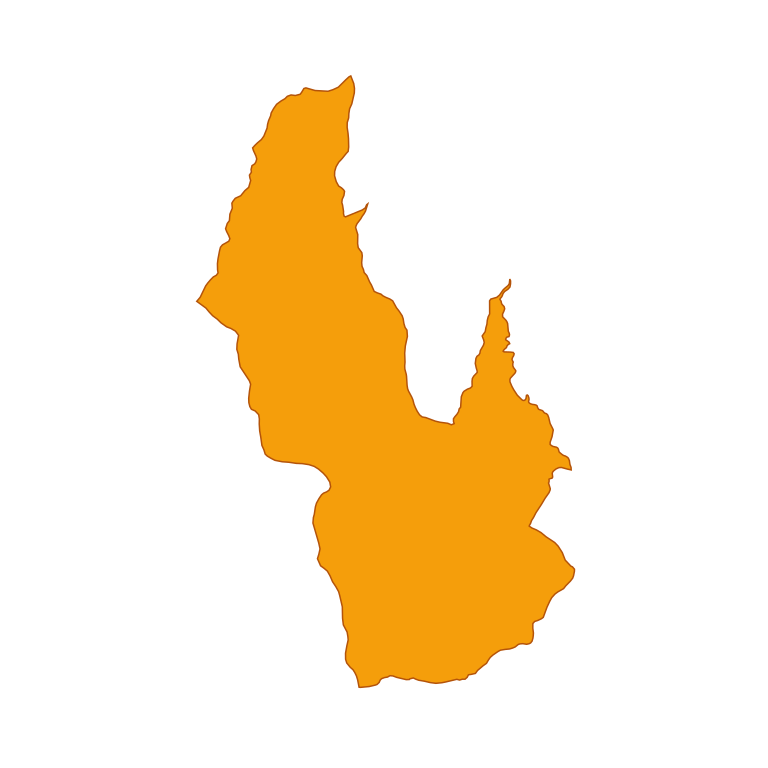 Jordán Sube, Santander, Colombia (Robinson projection), rotated 253°
{"feature_id": "7082276B50890297817335", "entity_name": "Jordán Sube", "entity_type": "district", "adm_level": 2, "iso_a3": "COL", "parent_name": "Colombia", "parent_adm1": "Santander", "projection": "robinson", "projection_center": [-73.096, 6.712], "detail": "fine", "context": "isolated", "style": "filled", "palette": "amber", "viewbox_px": 768, "rotation_deg": 253, "n_neighbors": 0, "source": "geoboundaries", "source_scale": "gbopen_adm2", "svg_char_len": 6127}
<svg xmlns="http://www.w3.org/2000/svg" viewBox="0 0 768 768"><g transform="rotate(253 384 384)"><path d="M517.8,229.1L508.7,235.9L503.9,237.9L499.4,240.1L494.8,243.5L490.2,246.0L484.7,250.2L481.9,253.8L478.0,257.4L473.1,259.2L465.3,255.2L460.2,253.4L455.1,253.4L450.3,252.4L442.5,251.5L426.5,256.2L422.8,256.4L416.6,253.3L409.8,250.4L405.6,249.3L401.6,249.1L398.6,249.8L395.9,252.9L391.3,255.2L387.1,254.6L382.2,253.0L375.5,251.4L369.1,250.6L361.0,249.3L356.2,249.9L351.7,249.9L349.2,251.3L346.0,254.2L342.9,257.4L339.4,263.9L337.0,270.1L333.8,276.8L331.7,282.7L328.8,288.7L325.6,293.2L321.8,296.5L316.7,299.7L312.1,301.9L306.0,303.5L301.2,302.9L298.5,300.4L297.6,297.5L297.3,294.3L296.3,291.9L293.4,288.3L289.8,284.6L286.6,282.5L279.7,279.2L276.9,277.4L271.8,275.4L250.9,275.1L245.0,274.6L240.2,271.9L236.4,269.3L228.7,270.2L225.4,272.7L221.7,275.1L216.4,276.3L210.0,277.0L204.3,278.7L198.7,279.9L194.7,279.8L183.1,279.0L172.2,275.9L165.5,274.7L157.6,276.2L153.0,275.6L149.7,274.9L144.6,272.0L137.8,268.5L132.0,266.8L128.1,266.8L122.7,269.0L119.9,270.8L116.7,271.7L112.9,272.3L108.9,272.3L101.3,271.5L100.8,272.7L99.0,281.4L98.6,287.8L98.7,289.5L100.0,292.1L101.9,293.7L102.9,295.5L103.1,298.7L102.7,301.7L103.3,304.4L102.2,307.2L99.8,310.3L94.8,318.8L94.0,321.8L94.5,322.6L94.3,326.1L92.5,328.0L90.5,330.7L88.0,335.7L84.9,341.0L82.6,346.1L81.4,352.0L81.0,356.0L80.3,367.3L78.8,369.7L78.8,372.6L78.0,375.2L79.2,377.8L81.2,379.7L80.8,382.7L80.5,386.8L82.7,389.7L85.6,396.4L86.9,400.3L89.4,403.0L91.5,405.7L93.0,409.0L94.8,414.7L95.4,417.5L94.8,422.2L93.9,426.6L93.9,429.9L94.2,432.6L95.7,436.3L95.7,438.1L95.1,440.8L93.4,444.3L93.2,446.8L93.5,448.5L94.8,450.4L97.4,452.1L99.8,453.2L102.2,454.1L106.9,454.9L111.4,456.3L112.9,458.7L112.9,461.8L113.5,466.0L114.3,468.1L122.9,474.6L127.7,478.9L130.7,482.0L133.2,486.2L134.4,489.6L135.8,495.9L137.9,498.9L141.0,504.6L143.1,507.6L145.2,509.2L149.3,511.4L151.2,512.0L154.0,510.8L155.3,509.4L162.6,505.8L170.6,505.2L178.1,503.1L182.5,500.9L190.4,494.4L196.0,490.7L199.9,487.1L203.0,483.4L205.6,481.3L206.4,481.8L207.7,483.3L210.3,485.2L212.7,488.0L216.5,491.7L222.7,499.2L227.6,504.6L231.8,510.0L234.1,511.9L235.3,512.4L241.3,512.4L241.7,512.9L243.0,513.6L244.7,513.9L244.9,514.9L244.8,517.2L245.7,518.1L249.5,518.8L250.7,519.8L251.5,521.2L252.5,523.8L252.9,526.8L252.3,529.3L249.0,534.5L247.1,537.9L249.6,538.5L252.7,538.3L256.6,538.9L259.2,538.6L260.3,538.0L262.0,536.5L263.2,534.8L264.5,533.7L266.6,532.3L267.9,531.6L270.8,531.7L272.0,531.4L273.1,530.5L275.0,527.2L276.5,525.9L277.7,525.2L279.8,525.9L284.5,529.3L290.5,532.4L291.9,532.3L297.7,531.3L303.8,531.7L306.5,531.5L308.1,530.7L309.0,529.4L309.9,528.7L311.4,528.2L312.4,527.5L314.2,525.0L314.8,524.4L316.9,524.0L318.2,524.1L319.3,523.4L320.3,521.8L321.1,520.0L322.0,518.7L323.0,517.6L324.0,517.1L324.8,517.1L326.9,518.2L328.3,518.5L330.7,518.4L331.6,517.8L331.5,516.9L328.5,515.5L327.5,514.2L327.3,513.0L327.9,511.8L328.9,511.1L334.3,508.2L340.5,506.4L344.4,505.6L349.2,505.1L351.5,505.7L352.7,506.7L356.0,512.3L357.2,513.5L358.3,513.9L361.8,512.7L363.7,512.5L365.8,513.1L367.2,514.0L368.4,513.7L370.2,513.6L371.9,514.8L373.1,516.2L374.8,517.3L376.4,516.8L377.6,514.1L379.6,508.2L380.6,507.5L381.9,509.1L383.0,511.7L384.4,512.7L385.4,514.2L385.8,516.0L387.5,515.8L390.8,513.3L392.0,513.9L392.9,515.3L392.8,517.4L394.3,518.4L395.9,518.6L398.1,518.3L405.7,519.9L407.8,519.7L409.4,519.2L413.6,517.1L416.2,517.8L418.4,519.8L420.6,521.4L422.9,521.5L425.8,520.1L427.5,520.0L428.9,520.2L431.0,519.6L431.8,520.2L432.6,521.6L433.8,522.9L435.7,524.3L437.2,526.4L438.3,530.1L439.9,532.8L442.8,534.3L445.6,535.2L447.6,535.0L443.4,533.2L441.9,531.5L440.3,527.7L439.3,525.6L435.3,520.5L433.9,517.2L434.0,511.0L432.7,509.3L420.1,505.5L417.7,503.2L414.7,501.4L411.1,499.9L408.0,497.9L404.5,496.1L401.2,491.9L397.0,492.2L394.4,492.0L392.0,490.4L387.8,485.9L385.4,484.7L384.1,483.3L383.3,481.0L381.6,479.4L377.0,477.3L372.4,476.9L369.3,476.9L367.8,476.5L365.3,472.1L363.4,470.1L360.9,469.0L356.0,467.6L354.9,465.5L354.7,462.3L353.7,458.5L352.7,457.0L349.2,454.2L339.4,450.5L338.2,448.6L335.7,447.2L333.7,444.9L332.0,442.2L330.5,440.3L327.9,439.5L325.6,439.5L325.3,436.5L327.8,433.5L331.1,426.3L333.5,422.2L339.7,414.1L341.3,410.9L344.1,409.0L348.2,407.8L352.4,407.1L355.9,406.8L360.4,407.0L363.4,406.7L369.9,405.4L372.5,405.2L376.0,405.7L384.8,407.8L386.7,408.1L392.2,408.3L395.3,409.1L398.8,410.5L407.4,412.8L414.1,415.5L422.7,420.3L428.8,421.7L431.9,420.7L436.0,420.7L440.7,421.4L444.0,421.3L449.4,419.7L453.3,418.2L461.0,416.6L463.6,414.4L466.4,411.0L468.7,408.7L470.8,407.4L473.2,404.1L475.4,401.7L482.4,400.9L485.8,400.1L492.7,399.3L496.4,397.6L499.3,397.8L503.0,397.4L506.5,398.1L512.9,400.7L516.1,401.2L521.9,399.2L525.9,399.8L534.6,402.6L541.9,402.6L543.4,403.5L545.2,405.1L548.8,410.1L550.8,412.2L552.5,414.5L554.7,416.8L561.0,421.1L560.5,419.8L557.9,417.6L556.8,414.2L555.1,396.0L556.3,394.9L558.9,395.1L561.0,395.8L567.3,396.7L569.8,396.7L572.8,398.0L576.0,400.8L579.8,402.6L581.6,402.1L584.0,400.7L586.6,398.5L591.5,397.5L597.6,397.6L601.7,399.0L605.8,401.7L609.3,405.5L611.9,410.0L615.6,415.4L616.9,417.7L620.9,419.5L629.1,421.8L634.3,422.9L640.2,423.8L644.8,425.3L648.8,428.0L653.0,429.5L657.3,431.6L661.3,435.1L671.0,440.7L675.3,442.2L680.2,442.9L688.3,442.3L688.0,440.4L686.1,436.4L681.2,427.1L680.4,421.3L680.3,416.1L684.8,403.9L690.0,395.9L690.0,393.8L687.1,390.6L685.6,388.6L685.8,383.6L687.6,379.6L687.4,375.7L685.8,372.7L684.7,368.1L682.9,363.1L679.7,359.0L676.1,355.3L673.6,354.0L669.7,350.7L666.4,348.6L662.9,347.0L656.2,341.6L653.6,338.2L651.7,333.7L649.9,330.2L648.2,327.4L645.5,327.4L639.4,328.2L636.4,328.1L633.8,326.4L632.3,324.7L631.4,321.6L628.0,319.6L625.3,319.1L623.1,316.4L620.4,316.0L617.6,316.0L611.6,312.1L609.6,307.5L605.9,302.0L605.1,296.1L603.0,293.1L601.4,291.4L596.4,290.3L591.5,286.3L585.4,283.9L583.4,281.1L578.8,277.9L575.8,278.1L571.3,278.9L568.0,279.1L565.9,277.3L564.3,270.2L562.6,267.6L559.5,265.7L552.3,261.9L547.8,259.9L541.8,258.2L538.8,257.8L537.0,255.5L536.3,252.1L534.4,248.6L532.1,245.0L529.9,242.1L520.7,233.6L517.8,229.1Z" fill="#f59e0b" stroke="#b45309" stroke-width="1.5"/></g></svg>